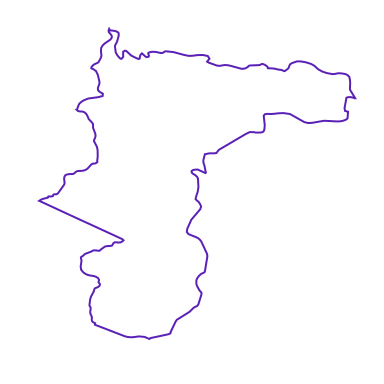 an SVG outline of Tigray, rotated 277°
{"feature_id": "ETH-3110", "entity_name": "Tigray", "entity_type": "Administrative State", "adm_level": 1, "iso_a3": "ETH", "parent_name": "Ethiopia", "parent_adm1": "", "projection": "equal_earth", "projection_center": [38.617, 13.565], "detail": "fine", "context": "isolated", "style": "outline", "palette": "violet", "viewbox_px": 384, "rotation_deg": 277, "n_neighbors": 0, "source": "natural_earth", "source_scale": "10m", "svg_char_len": 4763}
<svg xmlns="http://www.w3.org/2000/svg" viewBox="0 0 384 384"><g transform="rotate(277 192 192)"><path d="M40.9,167.6L42.4,162.6L42.2,156.9L40.7,151.2L40.3,148.4L40.3,145.4L40.6,143.0L48.4,111.8L50.0,111.9L50.7,109.6L51.7,108.5L53.2,108.0L55.0,108.0L56.2,107.6L58.8,106.0L60.5,105.6L64.3,105.6L65.1,105.4L66.4,104.3L67.3,104.0L73.1,104.0L75.8,104.5L81.3,106.6L84.2,107.1L84.7,107.6L86.2,110.3L86.9,111.0L87.5,111.5L88.3,111.8L89.1,111.9L89.6,111.7L90.9,110.3L91.6,110.2L93.1,110.5L93.8,110.3L94.9,109.4L95.8,107.9L96.4,106.0L96.7,103.6L96.7,100.9L97.0,98.6L97.7,96.3L99.0,93.9L101.4,91.4L104.4,90.6L110.7,90.7L112.5,89.9L113.7,89.7L115.8,92.0L117.4,93.2L120.6,99.3L121.9,101.0L122.2,101.9L122.3,103.6L122.3,106.3L122.5,107.5L123.7,108.4L127.2,112.2L127.5,112.9L128.1,115.0L128.6,117.9L129.1,119.2L130.2,119.7L131.0,119.9L131.9,120.5L132.6,121.3L132.8,122.4L132.9,125.4L133.3,127.3L134.2,128.6L135.7,129.9L136.7,128.6L139.8,119.0L144.7,103.6L150.0,86.9L155.5,69.7L161.1,52.4L164.6,41.4L166.0,43.1L167.1,45.1L168.7,49.3L169.0,49.7L169.9,49.8L170.2,50.2L170.2,50.7L170.2,51.9L170.2,52.2L170.6,53.0L170.7,53.8L171.1,54.4L172.1,54.6L172.9,55.4L173.1,56.3L173.1,57.3L173.6,58.4L174.3,59.1L183.5,64.1L185.1,64.5L189.9,63.4L191.9,63.6L193.2,64.3L194.1,65.6L194.6,67.4L194.8,67.9L195.2,71.1L195.6,72.2L196.5,73.2L197.4,73.9L198.3,74.8L198.9,76.2L199.7,80.6L200.4,82.6L201.4,84.3L202.7,85.6L207.3,88.9L207.9,89.7L208.5,92.2L209.0,93.2L210.0,94.3L210.7,94.4L211.4,94.1L215.6,94.1L222.1,93.2L225.3,92.1L230.6,88.5L232.2,88.6L233.8,89.2L235.3,89.4L236.9,89.3L238.5,88.7L243.6,86.0L247.4,85.5L248.9,84.1L251.7,80.7L255.3,78.6L257.0,77.1L258.2,75.1L258.5,73.0L258.3,70.8L258.5,68.9L259.6,67.5L259.7,67.9L262.7,68.4L265.1,69.1L266.0,69.5L267.9,71.1L269.6,73.1L271.0,75.5L272.2,77.9L274.7,87.4L276.4,91.6L278.6,91.6L280.4,87.7L281.6,86.3L283.7,85.9L288.3,86.9L289.9,86.8L296.9,84.2L300.3,82.0L301.8,79.3L302.5,77.0L304.0,77.1L305.7,78.3L307.0,79.7L308.7,82.5L309.2,83.1L309.7,83.5L314.1,85.2L316.3,85.5L320.2,84.6L321.2,84.4L323.9,84.3L326.5,85.4L328.8,87.3L333.3,92.4L334.6,93.2L336.2,93.6L337.9,92.9L340.5,90.0L342.0,89.5L343.7,89.9L343.1,90.3L342.3,91.1L342.5,92.0L342.5,93.5L342.4,96.5L342.3,96.9L341.8,98.4L341.2,99.4L341.0,99.7L340.7,99.8L338.4,100.2L332.0,99.3L328.5,97.9L327.1,97.8L321.2,99.3L318.5,101.3L316.2,103.8L315.6,104.9L315.6,105.8L317.6,107.2L322.8,106.6L324.1,108.2L323.9,109.7L320.0,115.1L317.9,121.0L317.5,123.1L318.1,123.8L319.4,123.8L320.8,123.9L322.3,124.4L323.5,125.4L320.7,129.4L320.3,130.4L321.0,132.5L322.2,132.6L323.5,131.9L324.5,131.6L325.5,132.8L326.2,134.9L326.5,137.2L326.6,139.2L326.2,143.4L326.2,145.0L326.7,146.3L328.0,147.6L328.3,148.5L328.5,149.3L328.5,150.0L328.6,156.6L327.1,167.3L326.7,172.3L327.4,176.4L328.5,180.5L329.3,186.1L328.9,191.1L326.4,193.1L323.2,191.1L322.5,192.6L320.5,201.4L320.6,204.2L322.0,208.9L322.2,211.8L322.0,214.6L320.3,226.2L320.5,227.6L321.1,229.5L321.3,230.0L322.6,231.8L323.1,232.3L323.9,232.8L324.2,233.1L324.7,234.4L326.1,243.1L326.6,244.3L327.6,245.8L327.7,246.5L327.2,248.5L326.3,250.5L325.2,251.9L324.1,252.2L324.5,257.6L324.4,259.8L324.0,263.1L324.1,265.6L323.8,266.9L323.2,268.7L323.3,269.3L325.9,272.1L327.2,272.9L329.1,273.2L330.8,273.9L332.2,275.7L334.4,280.2L334.9,284.0L334.6,289.4L333.6,294.7L332.2,298.0L329.3,302.1L327.5,306.4L326.5,311.2L326.1,316.9L326.4,318.8L327.6,322.4L327.9,324.7L327.9,327.4L327.7,330.0L326.9,332.3L325.4,334.1L322.6,335.1L319.7,335.7L313.5,336.2L312.6,336.5L304.9,342.6L304.8,342.2L305.3,340.4L305.5,338.0L305.2,335.6L304.4,333.8L293.7,333.2L291.1,334.1L290.8,336.6L290.7,337.1L284.4,337.4L283.6,337.1L282.2,335.5L280.9,332.7L280.0,329.6L279.7,327.1L278.8,314.4L275.3,302.8L274.6,298.8L275.1,294.9L281.3,279.8L281.5,273.4L280.7,268.4L279.7,264.3L279.0,260.6L278.7,257.0L278.0,254.8L276.4,253.9L267.0,256.1L262.7,256.2L261.2,255.8L260.1,254.9L259.5,253.2L259.0,250.6L258.8,247.8L258.9,245.7L258.5,242.0L256.2,238.4L237.2,213.6L235.1,212.3L233.7,211.5L233.1,209.4L232.5,204.5L231.3,201.0L231.1,200.2L225.1,199.4L223.4,199.6L222.0,200.0L220.0,201.0L212.9,203.4L212.4,203.0L215.0,195.0L214.6,192.5L214.0,190.5L213.1,189.3L212.2,189.0L210.7,189.9L209.9,191.5L209.0,193.4L207.7,195.2L206.0,196.3L197.6,197.8L192.6,197.6L188.4,196.7L185.3,196.4L183.9,198.3L183.1,199.7L181.4,201.2L179.7,202.3L178.6,202.8L175.8,202.2L164.4,194.7L155.0,191.8L151.7,191.7L149.7,193.8L147.6,201.8L146.8,203.9L145.5,205.7L144.2,207.1L132.4,214.5L129.9,215.1L115.1,214.5L113.9,214.2L113.2,213.3L111.8,211.0L109.5,209.1L107.0,207.7L104.9,207.1L102.2,207.4L100.4,207.9L99.7,208.2L95.1,211.5L94.1,212.8L92.9,213.8L91.1,213.8L81.2,212.0L79.6,211.1L77.5,207.9L72.8,204.2L63.4,192.6L61.8,191.7L50.6,187.9L49.2,187.9L48.0,186.1L42.0,168.8L40.9,167.6Z" fill="none" stroke="#5b21b6" stroke-width="2"/></g></svg>